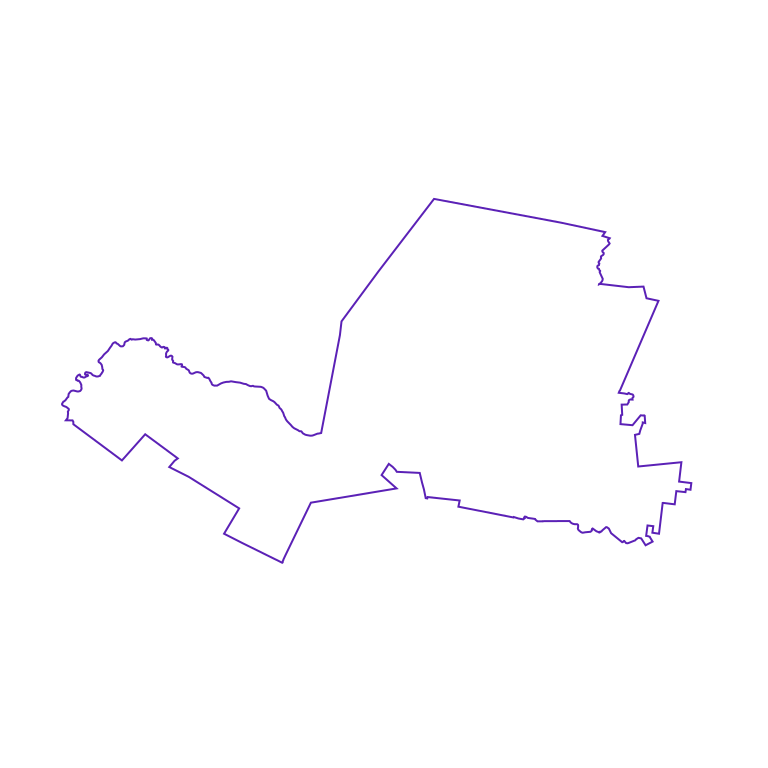 Parás, Nuevo León, Mexico, rotated 277°
{"feature_id": "50627088B3077567338706", "entity_name": "Parás", "entity_type": "district", "adm_level": 2, "iso_a3": "MEX", "parent_name": "Mexico", "parent_adm1": "Nuevo León", "projection": "natural_earth1", "projection_center": [-99.62, 26.621], "detail": "fine", "context": "isolated", "style": "outline", "palette": "violet", "viewbox_px": 768, "rotation_deg": 277, "n_neighbors": 0, "source": "geoboundaries", "source_scale": "gbopen_adm2", "svg_char_len": 6072}
<svg xmlns="http://www.w3.org/2000/svg" viewBox="0 0 768 768"><g transform="rotate(277 384 384)"><path d="M556.2,590.3L557.6,582.8L561.7,585.0L565.7,540.0L573.8,411.1L494.8,364.6L441.0,334.2L427.1,334.3L327.7,327.6L326.9,325.3L326.6,324.0L324.5,320.1L324.0,318.9L323.7,317.0L323.9,313.4L324.1,312.0L325.2,309.4L326.8,307.9L327.0,307.3L326.8,306.2L326.9,305.7L327.7,304.2L329.1,300.3L329.5,299.6L330.4,298.2L332.0,296.5L335.2,292.5L336.8,291.0L338.9,289.8L339.8,289.0L343.2,287.4L344.7,286.2L345.9,285.4L346.5,284.8L347.4,283.4L349.7,281.9L350.4,280.2L352.7,277.5L353.4,276.2L354.3,273.6L355.3,271.7L358.3,269.9L362.9,267.9L363.3,267.5L365.1,265.3L365.7,264.2L366.2,262.1L365.8,256.2L365.8,255.2L366.2,254.2L366.0,253.4L365.7,252.8L365.6,251.5L366.1,249.5L367.1,247.0L367.1,244.8L367.8,241.0L367.8,236.6L368.0,232.6L368.0,231.8L367.3,229.8L366.9,227.3L365.9,224.4L364.7,222.1L362.1,218.6L361.7,215.8L362.1,214.3L362.6,213.4L363.5,212.8L364.3,212.6L365.5,211.5L368.0,209.8L368.7,209.0L368.8,208.7L368.5,208.1L368.5,207.8L369.1,204.9L370.5,203.9L372.4,201.4L372.7,200.8L373.1,197.8L373.0,197.0L372.8,196.1L372.6,195.6L371.0,193.0L370.8,192.0L370.9,191.1L371.1,190.5L371.7,189.7L373.6,188.7L374.0,188.2L375.0,185.9L376.2,184.8L376.5,183.8L376.5,181.4L376.6,181.0L376.9,180.9L377.3,181.3L377.7,181.4L378.7,181.1L378.9,181.0L379.0,180.2L378.4,177.7L378.3,176.6L378.4,175.9L379.2,174.2L379.6,172.1L379.9,171.9L381.2,171.9L381.7,171.5L382.2,170.9L382.7,170.7L385.3,170.7L385.9,170.1L386.2,169.3L386.0,168.5L384.1,166.0L384.0,165.2L384.2,164.5L384.7,164.2L386.0,164.3L387.1,164.0L387.9,164.0L389.6,164.6L390.9,165.7L391.4,165.8L391.9,165.5L392.3,164.7L393.3,164.5L393.5,164.1L393.4,163.7L392.6,162.4L392.6,162.2L392.9,162.0L393.6,162.0L393.9,161.5L394.0,160.7L393.8,160.1L393.3,159.6L393.2,158.8L394.0,157.3L395.0,156.3L395.6,155.3L395.6,154.3L395.4,153.6L395.5,152.9L397.1,152.4L398.9,150.7L399.5,150.1L399.8,149.4L399.6,148.4L399.9,148.3L400.6,148.4L400.9,148.3L401.1,147.9L401.2,147.3L400.9,146.3L399.0,145.2L398.6,144.8L398.6,144.1L398.8,143.3L399.0,143.1L400.2,143.0L400.3,142.4L400.0,139.5L398.8,136.3L397.8,131.7L397.8,129.1L397.3,128.3L397.4,127.7L397.9,127.1L397.8,126.6L397.3,125.8L395.8,124.5L394.7,122.5L393.9,121.7L393.1,121.5L391.2,121.4L389.7,120.3L389.4,119.3L389.3,118.1L389.5,117.5L391.4,114.8L391.7,113.5L392.4,113.0L392.6,112.6L392.7,112.1L392.3,111.3L391.6,110.3L390.8,109.7L388.8,108.9L386.5,107.6L383.1,105.9L379.3,102.6L376.1,100.7L373.5,98.4L372.6,97.9L372.0,97.8L371.0,98.2L370.8,98.5L370.5,99.3L370.0,100.1L368.7,101.4L366.6,102.2L364.5,102.7L363.8,103.4L363.4,103.6L361.9,103.3L360.7,102.6L360.1,102.5L358.7,101.5L357.6,101.2L356.6,99.1L356.4,97.5L356.9,95.7L357.0,94.8L357.4,93.7L358.7,92.2L359.0,91.6L359.2,90.6L359.5,87.1L359.2,86.5L358.9,86.2L357.9,86.0L357.2,86.1L356.9,86.4L356.8,87.0L357.0,88.7L356.7,89.0L356.2,89.2L355.7,88.7L355.1,87.4L354.1,86.2L353.9,85.7L353.8,85.1L353.9,84.5L354.3,83.3L354.2,82.6L354.3,82.2L354.5,81.9L356.2,81.0L356.3,80.8L356.0,80.2L355.0,78.9L352.6,77.7L351.7,77.7L350.6,77.9L350.3,78.4L350.4,79.3L349.8,79.9L350.0,80.5L349.8,81.0L348.5,82.3L346.2,83.7L344.2,83.9L343.4,84.2L342.5,84.4L341.6,84.2L340.6,83.7L340.0,83.2L339.4,81.8L339.2,80.5L339.7,76.7L339.3,75.1L338.8,74.2L337.3,73.1L335.6,72.2L332.7,72.2L332.1,71.5L329.1,69.8L327.8,68.6L327.4,67.9L325.2,66.9L324.3,67.0L323.5,67.9L322.9,69.6L322.7,70.8L322.3,71.8L321.0,73.9L320.7,74.2L319.8,74.3L317.9,73.6L316.5,74.0L311.6,74.1L309.2,72.7L309.9,79.3L308.7,80.2L306.2,80.6L276.2,133.2L305.0,153.1L285.0,188.4L282.3,185.5L275.4,181.0L268.1,201.4L242.9,255.4L215.9,243.5L208.9,262.7L197.0,296.7L196.0,299.7L194.2,304.6L194.2,304.9L194.7,305.2L195.9,305.1L196.7,305.5L197.3,305.5L201.9,307.0L257.3,325.9L281.9,409.2L293.3,392.7L305.3,398.5L302.8,402.7L300.2,405.9L298.4,407.4L300.1,430.3L290.7,433.8L284.2,436.5L275.8,439.3L275.7,440.9L277.1,441.1L277.6,473.3L271.3,472.8L267.3,528.8L267.8,529.0L266.9,533.8L266.6,538.7L267.8,539.9L268.2,539.3L269.3,539.7L269.6,540.0L269.5,541.2L268.6,543.2L268.5,549.4L268.4,550.5L267.8,550.8L266.4,553.1L267.0,557.7L267.0,558.2L267.2,558.3L270.6,584.9L269.4,586.1L268.8,587.1L268.4,588.1L268.2,589.1L268.1,590.3L268.4,592.7L268.0,593.6L267.4,593.9L265.7,594.1L264.2,594.0L263.2,594.5L262.6,595.1L261.0,597.6L260.7,598.5L260.6,599.4L261.4,602.0L262.5,607.0L263.8,608.1L264.1,608.2L264.7,608.0L265.6,608.2L266.0,608.7L263.7,612.8L263.2,614.9L263.0,615.2L263.4,615.8L263.1,616.1L263.5,616.4L263.8,616.9L263.6,617.0L263.9,617.4L264.0,617.4L264.3,617.9L265.3,618.5L269.0,621.9L269.0,622.7L267.9,624.8L263.6,627.6L256.0,639.7L256.2,640.3L257.4,641.2L257.5,641.6L255.6,643.7L255.6,645.2L256.0,646.1L259.5,652.5L260.4,653.0L261.7,654.5L262.3,655.3L262.3,655.9L262.1,658.1L255.8,663.3L260.3,669.8L264.2,666.7L264.8,666.4L264.9,665.4L265.1,665.0L265.2,662.7L275.7,662.8L275.7,668.6L269.1,668.5L268.9,675.2L299.9,675.1L300.0,675.4L300.0,687.2L313.3,687.2L313.4,696.4L316.5,696.5L316.4,701.1L323.1,701.1L323.1,688.8L342.6,688.7L333.1,646.4L364.1,639.3L365.6,643.5L369.2,644.0L376.0,645.6L377.4,645.5L377.1,648.0L384.3,646.6L384.6,645.9L384.3,645.4L384.2,642.6L373.4,635.7L373.0,623.6L381.8,623.0L382.4,624.2L392.5,622.4L393.3,628.0L396.0,629.2L396.9,628.9L397.9,629.2L398.4,629.9L398.8,630.8L398.7,631.3L398.8,632.6L400.1,632.3L400.6,632.4L401.4,633.1L402.1,633.2L403.3,632.7L403.9,632.0L404.2,629.3L405.0,628.0L404.9,627.7L404.1,627.4L403.6,626.6L403.9,623.7L403.9,618.1L405.8,618.6L406.3,619.0L500.0,646.3L501.1,634.1L512.3,629.7L509.9,615.1L509.7,586.9L509.4,585.7L509.5,585.6L509.2,585.2L509.3,585.2L510.5,586.6L512.4,587.8L513.4,588.2L515.0,588.3L521.1,584.5L521.5,584.4L522.5,584.8L522.7,584.7L523.1,584.0L524.5,583.3L524.6,582.4L525.1,581.9L525.8,581.5L526.8,581.4L527.4,581.6L527.6,581.8L528.1,582.8L528.4,582.9L529.9,583.0L530.2,582.5L531.1,582.1L531.6,582.3L534.9,584.1L535.2,584.2L536.5,583.8L537.2,583.9L538.9,585.8L539.7,586.2L540.8,586.1L541.8,584.8L542.7,584.4L543.1,584.5L550.1,590.4L551.0,590.8L552.7,589.3L553.4,588.9L554.2,588.7L555.1,589.2L555.6,590.0L556.2,590.3Z" fill="none" stroke="#5b21b6" stroke-width="2"/></g></svg>